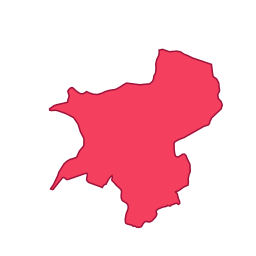 map outline of Taraba (Albers equal-area conic projection), rotated 21°
{"feature_id": "NGA-2848", "entity_name": "Taraba", "entity_type": "State", "adm_level": 1, "iso_a3": "NGA", "parent_name": "Nigeria", "parent_adm1": "", "projection": "albers", "projection_center": [10.823, 8.016], "detail": "fine", "context": "isolated", "style": "filled", "palette": "rose", "viewbox_px": 256, "rotation_deg": 21, "n_neighbors": 0, "source": "natural_earth", "source_scale": "10m", "svg_char_len": 2790}
<svg xmlns="http://www.w3.org/2000/svg" viewBox="0 0 256 256"><g transform="rotate(21 128 128)"><path d="M204.5,159.8L201.2,163.1L197.8,168.3L196.6,169.4L195.6,170.1L195.2,170.6L195.5,171.0L196.8,171.2L197.6,171.9L200.4,175.9L202.6,178.3L203.3,179.8L202.8,181.0L202.3,181.3L201.8,181.1L201.3,180.9L200.7,180.8L199.9,181.1L199.3,181.5L196.9,183.7L196.0,184.2L195.9,184.7L195.8,185.2L195.5,185.7L195.1,185.8L194.2,185.9L193.6,186.0L193.0,186.0L192.7,186.0L192.5,186.3L192.3,187.0L192.1,187.3L188.8,189.4L185.4,192.6L184.4,194.0L184.1,195.6L184.4,196.4L185.7,197.8L185.9,198.8L185.8,200.4L185.4,201.9L183.8,205.7L182.5,207.5L181.0,208.4L178.7,208.6L177.2,209.8L176.4,211.8L176.1,214.1L175.7,215.4L174.6,216.4L173.2,217.1L171.8,217.5L171.2,217.4L169.9,217.1L169.3,217.1L169.1,217.2L168.5,217.8L168.2,217.9L167.8,217.8L167.1,217.4L166.8,217.3L165.2,217.5L161.7,217.9L160.2,217.7L159.3,216.8L158.1,214.1L157.2,209.8L157.0,207.5L157.1,205.3L156.9,202.6L155.8,200.3L153.9,198.8L148.7,197.8L146.9,196.0L145.8,193.6L145.2,191.0L144.3,188.7L142.5,187.5L137.8,185.7L133.9,183.6L132.4,183.1L131.4,182.3L131.1,179.5L130.1,178.2L129.3,179.8L128.6,181.8L128.1,184.0L127.7,188.3L127.5,188.5L127.2,188.6L126.8,188.8L126.1,189.8L125.7,190.5L125.5,191.4L125.4,192.7L110.9,192.9L109.4,192.4L108.2,191.5L107.6,190.4L106.8,186.2L106.3,185.3L105.6,185.1L104.2,185.9L90.4,197.6L89.1,198.1L88.0,197.8L86.9,197.3L85.6,197.2L84.5,198.4L80.2,211.9L80.2,212.1L79.5,212.6L77.5,212.6L78.8,207.1L79.5,197.6L79.3,194.0L81.2,184.2L82.9,180.9L85.2,178.0L88.0,176.0L90.5,173.7L90.9,167.0L93.1,160.3L90.7,153.7L84.9,148.5L79.9,142.2L73.5,137.8L65.0,136.8L56.3,137.0L54.1,137.4L50.3,139.1L48.6,139.5L47.9,138.2L51.0,133.6L53.0,131.9L61.1,126.5L62.3,125.5L62.1,124.0L61.7,122.9L61.8,122.0L61.6,119.1L58.6,115.3L58.9,113.5L59.5,112.1L60.4,110.8L61.8,110.2L64.5,111.2L65.9,111.9L67.4,112.2L69.1,112.7L70.7,112.9L72.3,112.8L74.6,111.4L76.1,108.9L79.2,109.1L83.4,108.9L87.4,107.7L91.1,104.9L94.3,101.6L98.0,99.0L102.0,96.8L103.6,95.4L106.5,91.8L107.8,89.8L110.5,86.6L123.5,83.4L132.4,79.0L134.3,75.4L134.2,73.2L133.5,69.7L133.9,67.9L133.9,66.3L132.3,60.9L131.4,59.4L130.9,57.7L130.3,53.5L130.7,49.8L130.3,46.8L129.1,44.1L132.1,42.2L139.2,42.0L146.1,38.7L149.8,38.1L153.7,39.0L157.5,39.0L163.5,39.5L183.1,38.7L188.3,48.4L189.7,49.7L191.6,50.0L193.4,50.6L196.6,53.5L198.6,57.6L199.6,59.2L200.2,61.0L199.9,63.0L199.9,64.9L201.9,68.2L205.4,69.9L207.8,72.8L208.1,76.8L202.5,88.5L202.1,92.4L202.4,94.5L201.9,96.3L198.1,99.4L183.7,116.9L180.0,120.2L176.9,123.8L176.4,125.6L178.9,131.7L181.1,135.7L182.7,137.3L184.5,137.5L186.0,136.2L187.2,134.6L188.3,132.9L190.1,132.1L192.1,133.0L193.5,134.7L198.9,139.8L201.7,146.3L201.7,150.1L202.4,153.9L203.8,156.9L204.5,159.8L204.5,159.8Z" fill="#f43f5e" stroke="#9f1239" stroke-width="1.5"/></g></svg>